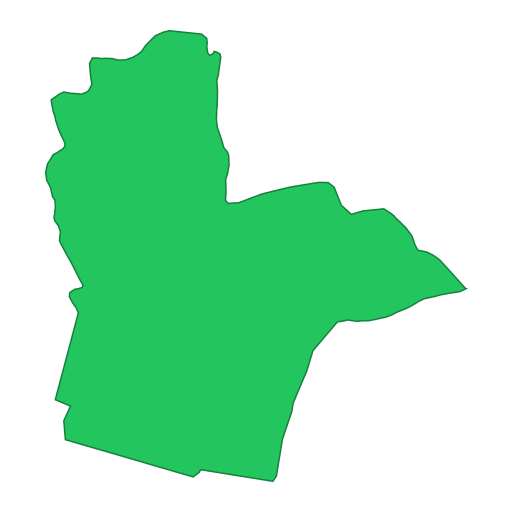 outline of Hush Isa, Al Buhayrah, Egypt
{"feature_id": "37247803B77234514351972", "entity_name": "Hush Isa", "entity_type": "district", "adm_level": 2, "iso_a3": "EGY", "parent_name": "Egypt", "parent_adm1": "Al Buhayrah", "projection": "natural_earth1", "projection_center": [30.321, 30.891], "detail": "fine", "context": "isolated", "style": "filled", "palette": "green", "viewbox_px": 512, "rotation_deg": 0, "n_neighbors": 0, "source": "geoboundaries", "source_scale": "gbopen_adm2", "svg_char_len": 3612}
<svg xmlns="http://www.w3.org/2000/svg" viewBox="0 0 512 512"><path d="M272.9,481.3L276.4,476.1L282.4,439.3L287.8,423.3L291.9,411.2L293.1,403.3L295.2,398.3L299.5,388.0L303.9,377.6L305.0,375.1L306.8,370.9L310.4,359.1L312.9,350.7L318.7,343.9L337.3,322.0L342.5,321.1L345.4,320.6L347.2,320.0L348.4,320.1L349.1,320.2L357.3,321.3L362.4,320.8L368.5,320.8L372.9,319.9L374.5,319.6L380.0,318.4L381.1,318.0L385.2,317.4L386.6,316.9L391.1,315.2L397.6,311.9L407.1,308.1L411.9,305.5L416.2,303.0L417.4,302.1L423.8,298.9L425.0,298.6L432.7,296.9L435.0,296.4L440.9,294.8L447.2,293.6L454.7,292.4L459.9,291.6L466.2,288.6L465.2,288.2L464.7,287.6L462.1,284.7L459.6,281.9L451.8,273.2L448.8,269.9L441.9,262.3L440.7,260.9L440.0,260.2L437.0,257.9L433.1,255.2L428.9,253.1L426.9,252.1L425.1,251.7L422.2,251.0L420.2,250.7L418.5,250.5L417.2,249.1L415.6,246.0L414.8,244.4L412.2,236.5L408.6,231.4L404.7,226.4L403.7,225.8L400.5,222.5L398.4,220.5L396.6,218.8L395.4,217.7L394.1,216.0L391.5,213.8L383.8,208.8L379.4,209.3L373.2,209.9L363.0,210.9L358.3,212.3L351.4,214.4L341.4,205.4L335.1,189.7L334.2,187.3L330.6,184.4L328.3,182.6L319.0,182.4L313.5,183.2L301.5,185.2L296.7,186.0L290.9,187.0L288.9,187.4L285.5,188.2L278.9,189.8L270.3,191.9L266.0,193.0L262.5,193.8L257.9,195.5L253.4,197.2L249.2,198.8L246.8,199.7L242.4,201.4L238.6,202.8L234.4,203.0L232.3,203.1L228.1,203.4L225.5,200.3L226.0,191.1L225.9,187.5L225.8,183.0L225.6,180.0L226.4,177.2L227.6,173.2L227.8,172.2L228.7,167.0L229.0,165.8L229.1,164.8L228.9,161.4L228.9,160.6L228.6,155.3L227.9,153.3L227.5,152.1L226.3,150.7L224.4,148.6L224.1,147.9L223.4,146.4L222.8,144.0L222.5,143.1L222.4,142.4L221.6,140.0L219.7,134.3L219.2,132.9L217.4,127.5L217.1,125.0L216.8,123.3L216.5,120.7L216.4,119.5L216.5,116.7L216.6,114.2L216.7,112.6L216.7,111.4L216.6,110.7L217.2,105.9L217.4,98.3L217.5,90.9L217.1,84.6L216.8,80.4L218.3,75.3L219.0,69.5L219.7,64.5L220.7,57.4L220.0,53.9L216.1,51.9L214.2,51.4L212.9,53.8L209.7,55.5L207.7,52.9L206.8,46.8L207.2,43.1L206.7,38.4L201.6,34.1L169.2,30.7L166.3,31.5L164.0,32.0L162.3,32.7L158.1,34.5L155.5,35.7L154.9,36.2L152.0,39.0L149.6,41.5L148.6,42.5L146.9,44.2L145.0,46.3L144.5,47.1L143.0,49.3L141.7,51.3L137.1,55.0L136.5,55.2L134.6,56.3L132.5,57.5L131.3,57.9L128.4,58.9L125.5,59.9L122.0,60.0L119.6,60.0L118.4,60.1L115.9,59.5L112.7,58.7L111.8,58.6L110.7,58.5L109.3,58.5L106.7,58.4L104.1,58.3L101.1,58.6L99.6,58.3L98.8,58.2L97.3,57.9L94.6,58.1L92.4,57.8L91.9,59.0L91.5,59.7L91.1,60.5L89.6,63.1L89.6,64.0L89.8,66.8L90.1,71.1L90.3,72.8L90.5,74.8L90.9,77.8L91.3,80.1L91.5,81.8L91.8,83.8L91.7,84.6L91.0,86.1L90.2,87.6L89.7,88.5L89.1,89.6L88.6,90.7L87.0,91.8L86.5,92.2L81.2,94.2L75.9,93.6L70.1,93.2L65.9,92.4L65.0,92.2L63.9,91.9L59.0,94.3L54.3,97.7L51.1,99.9L51.6,102.8L52.1,105.8L52.7,108.6L53.3,111.8L54.8,116.0L55.0,116.9L55.7,120.3L57.3,125.4L58.8,129.8L61.3,135.6L63.4,139.7L63.7,140.5L64.6,142.4L65.1,143.8L64.7,146.5L62.9,148.8L62.3,149.4L59.6,150.8L57.5,152.4L53.1,154.8L49.8,160.3L47.5,164.0L46.3,169.0L45.9,171.7L45.8,173.8L46.0,174.6L46.7,180.2L49.2,184.9L50.7,188.3L51.6,192.3L52.6,196.8L54.9,200.1L55.4,205.2L55.2,209.1L54.8,211.3L54.8,212.7L54.7,213.8L54.0,217.2L54.7,220.6L58.5,226.0L58.9,227.3L60.5,232.3L60.0,234.8L59.7,238.5L59.5,240.8L61.5,245.0L62.6,247.0L66.4,254.0L67.0,255.3L69.6,259.7L72.1,264.3L72.5,265.1L75.9,271.8L76.2,272.5L79.8,279.6L83.0,285.1L82.2,287.5L77.7,288.9L76.3,289.0L75.0,289.2L69.9,292.4L69.3,296.6L69.9,297.8L72.7,302.9L76.5,308.3L78.3,313.1L55.3,399.7L70.5,406.1L63.8,420.8L65.4,439.7L87.0,446.0L129.8,458.4L150.2,464.4L193.1,476.9L199.2,472.3L199.6,471.5L200.7,469.7L272.9,481.3Z" fill="#22c55e" stroke="#15803d" stroke-width="1.5"/></svg>